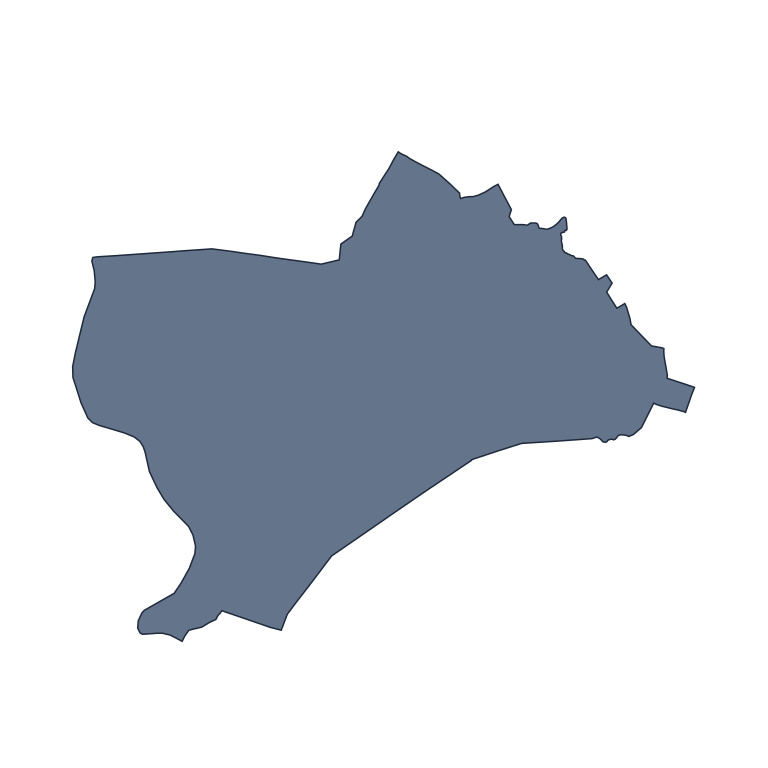 outline of Līgatne, Ligatnes, Latvia, rotated 261°
{"feature_id": "27541924B25651481219831", "entity_name": "Līgatne", "entity_type": "district", "adm_level": 2, "iso_a3": "LVA", "parent_name": "Latvia", "parent_adm1": "Ligatnes", "projection": "mercator", "projection_center": [25.043, 57.237], "detail": "fine", "context": "isolated", "style": "filled", "palette": "slate", "viewbox_px": 768, "rotation_deg": 261, "n_neighbors": 0, "source": "geoboundaries", "source_scale": "gbopen_adm2", "svg_char_len": 3882}
<svg xmlns="http://www.w3.org/2000/svg" viewBox="0 0 768 768"><g transform="rotate(261 384 384)"><path d="M161.4,144.4L165.6,147.3L167.6,149.1L171.3,152.8L171.9,158.8L171.9,160.5L172.4,166.0L175.8,174.3L177.7,181.1L181.6,184.0L182.5,185.3L183.2,186.2L185.5,188.5L184.3,190.5L173.5,210.9L161.6,233.2L156.9,244.0L158.0,244.6L171.9,252.6L175.5,256.4L183.0,264.1L196.6,278.6L197.7,279.7L215.0,297.7L222.4,305.4L239.3,340.7L241.5,345.3L253.3,369.8L255.5,374.4L271.6,408.2L294.8,458.3L295.3,458.5L295.6,459.5L295.9,460.6L298.0,473.5L300.1,486.3L303.8,510.6L300.6,544.8L297.5,580.9L298.1,584.9L298.4,585.9L297.3,587.4L296.0,588.9L294.8,589.8L292.6,591.2L291.8,593.8L292.2,595.2L293.3,596.3L293.8,597.4L293.9,600.5L292.9,602.1L293.3,603.8L294.3,605.1L296.0,606.7L296.7,608.4L296.7,610.5L295.8,614.1L295.1,615.9L294.0,617.2L294.1,618.5L295.1,622.5L300.7,631.5L322.9,647.4L321.3,649.7L318.6,654.9L316.5,660.0L316.0,661.1L314.4,664.9L312.3,670.3L309.9,675.6L308.8,677.4L311.3,678.7L325.5,686.3L332.1,690.2L345.0,665.3L345.4,664.5L348.0,665.2L354.4,665.2L362.1,665.0L364.7,665.0L365.1,665.0L367.6,665.0L372.3,665.4L375.1,666.0L375.6,665.4L376.2,664.4L379.8,654.1L403.9,637.3L410.1,637.2L422.0,635.6L425.8,634.4L422.4,625.9L423.7,625.3L425.0,624.7L432.4,621.5L439.9,618.3L443.9,621.7L448.0,625.1L452.5,623.0L457.0,620.9L455.3,616.5L453.6,612.2L456.3,610.9L459.0,609.6L468.4,605.2L471.6,603.8L474.8,602.3L475.2,601.2L475.9,600.8L476.5,599.9L476.7,599.1L477.2,597.4L478.1,593.0L478.4,592.6L478.9,592.4L480.4,591.5L480.9,591.1L481.1,590.6L481.3,589.9L481.5,589.2L482.3,588.2L482.5,587.9L483.0,587.3L483.2,586.6L483.8,585.7L484.9,584.7L485.1,583.7L485.7,583.1L486.7,582.9L487.3,582.1L488.0,581.6L489.6,581.4L492.7,581.8L493.3,581.5L494.0,581.8L495.2,581.7L495.9,581.5L496.3,581.5L498.1,581.7L498.9,581.9L499.5,582.3L500.2,582.1L501.5,582.4L502.3,582.3L502.9,581.9L503.6,581.8L504.1,582.0L505.1,582.2L505.5,582.7L505.4,583.3L505.9,583.9L505.9,584.5L505.7,585.1L505.8,585.5L506.0,586.1L506.7,586.2L507.2,586.4L507.5,586.9L507.2,587.4L507.2,588.0L508.1,588.9L509.2,589.1L512.1,589.3L512.8,589.3L514.2,589.5L519.1,589.6L519.6,589.5L520.4,588.6L520.6,587.8L520.3,586.7L519.6,585.3L518.4,583.9L517.2,582.6L516.2,581.4L514.8,579.3L513.5,577.0L512.5,574.8L512.0,572.8L511.4,569.9L511.3,569.1L511.5,568.5L511.7,567.9L513.0,564.2L513.2,563.6L513.2,562.5L513.6,561.8L514.2,561.3L515.4,561.3L517.0,561.0L517.9,560.8L518.8,560.0L519.3,558.9L520.1,553.8L519.2,552.1L518.5,550.5L518.7,549.1L519.2,548.1L519.9,545.1L520.5,540.9L521.0,538.1L521.1,537.6L522.2,537.1L529.8,533.8L536.3,537.1L560.9,528.7L563.4,527.9L561.9,523.3L557.8,513.9L555.7,506.5L555.3,502.6L555.1,501.6L555.7,497.4L555.8,492.6L555.8,492.4L555.2,488.7L557.3,488.3L560.7,488.5L566.9,483.8L570.8,480.9L577.9,475.1L582.8,471.1L587.7,464.7L594.7,455.0L598.1,450.5L598.5,449.9L599.0,449.3L602.3,445.1L603.3,443.9L604.5,442.9L605.3,442.1L606.8,439.8L608.9,436.7L611.1,434.4L604.6,429.0L596.1,422.6L592.6,419.5L592.0,418.9L582.9,410.8L581.2,410.2L575.1,405.2L568.9,400.2L565.5,397.5L562.0,394.7L560.7,393.7L559.4,392.7L556.2,390.6L553.0,388.5L549.0,382.9L548.1,381.7L539.2,377.6L535.1,375.8L530.3,366.0L529.0,363.3L513.6,359.2L512.2,340.8L517.9,322.2L523.5,303.5L526.6,293.6L530.4,282.0L534.9,266.8L538.5,255.3L544.4,235.2L547.2,203.5L547.8,195.6L552.7,139.1L554.2,123.7L554.5,119.8L554.5,116.2L551.3,114.7L541.2,115.5L529.7,114.7L523.4,113.1L505.2,102.8L504.0,102.1L497.0,98.2L463.2,84.1L449.9,79.2L439.0,77.8L427.0,79.7L412.8,81.8L396.7,86.2L391.4,90.1L387.6,96.3L376.3,119.9L370.7,129.1L365.4,134.0L359.7,136.4L353.9,137.4L334.2,138.6L317.1,143.6L304.4,148.7L297.5,152.7L291.5,156.2L273.9,168.7L264.6,171.7L253.4,172.5L246.1,170.7L232.3,162.8L219.0,152.3L210.1,144.0L198.0,111.9L195.8,109.1L188.5,104.2L181.3,102.5L176.2,104.2L174.6,106.2L173.3,120.8L172.5,126.1L169.5,133.5L161.4,144.4Z" fill="#64748b" stroke="#1e293b" stroke-width="1.5"/></g></svg>